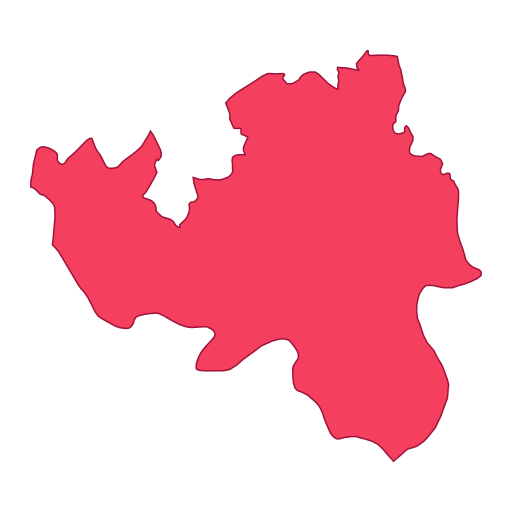 the district of Yen Dung, Bắc Giang, Vietnam
{"feature_id": "81297802B99638089462809", "entity_name": "Yen Dung", "entity_type": "district", "adm_level": 2, "iso_a3": "VNM", "parent_name": "Vietnam", "parent_adm1": "Bắc Giang", "projection": "orthographic", "projection_center": [106.245, 21.205], "detail": "fine", "context": "isolated", "style": "filled", "palette": "rose", "viewbox_px": 512, "rotation_deg": 0, "n_neighbors": 0, "source": "geoboundaries", "source_scale": "gbopen_adm2", "svg_char_len": 5983}
<svg xmlns="http://www.w3.org/2000/svg" viewBox="0 0 512 512"><path d="M88.2,139.3L86.1,141.0L75.8,151.5L72.0,155.0L67.6,158.7L65.2,162.6L63.4,164.2L61.5,164.3L60.4,163.9L57.9,161.5L57.3,159.0L57.4,154.9L57.1,153.9L56.2,152.7L53.3,150.4L49.0,148.1L44.2,146.8L42.8,146.8L41.8,146.9L40.9,147.2L39.9,147.6L38.3,148.8L36.8,150.1L33.5,163.8L32.3,174.8L31.4,178.0L30.9,180.4L30.9,184.3L30.7,186.4L31.1,187.3L33.4,187.9L35.0,189.0L36.4,190.3L39.6,193.7L40.5,194.3L41.5,194.7L43.6,195.1L44.7,195.8L49.8,200.1L53.0,203.6L54.3,206.0L54.7,207.6L55.1,216.3L53.2,238.3L52.4,244.8L54.6,247.0L58.8,251.9L78.6,285.4L81.2,288.9L84.3,292.2L88.0,297.7L91.5,304.5L94.5,310.7L96.4,313.7L98.4,316.3L102.5,319.0L115.3,326.1L119.5,327.6L122.5,328.1L125.9,328.4L128.4,328.2L129.5,327.8L130.8,326.9L132.5,324.7L133.1,323.5L133.8,322.1L134.0,320.7L134.4,319.7L135.9,317.2L138.6,315.8L144.2,314.4L150.4,313.5L155.3,313.1L158.7,313.4L163.6,315.7L172.2,320.7L179.2,324.4L186.4,326.9L191.9,327.5L200.4,326.9L206.0,326.7L207.9,327.1L209.3,328.0L212.3,329.5L213.7,331.2L214.7,332.7L215.1,334.2L214.9,335.2L214.5,336.6L211.4,340.4L205.4,346.8L202.0,351.0L199.9,354.5L198.2,358.1L196.4,363.6L196.2,366.5L196.2,367.8L196.5,369.1L198.3,370.0L200.3,370.5L205.7,370.8L223.7,370.7L229.7,369.5L237.1,364.7L243.3,359.2L253.2,352.1L261.3,345.9L272.1,341.0L279.8,339.0L283.9,338.9L287.7,339.7L289.7,340.9L294.8,347.2L297.4,351.5L298.3,354.3L298.4,356.1L298.1,358.6L295.6,362.2L293.4,366.0L292.8,368.2L292.7,369.4L292.9,373.8L292.9,377.0L293.5,383.3L295.2,388.2L297.3,390.5L301.7,392.1L307.8,395.2L316.3,402.6L319.7,407.0L322.6,413.1L324.3,418.7L329.2,430.5L331.1,434.1L333.9,437.1L335.3,438.1L336.6,438.8L338.0,438.9L340.4,438.7L343.7,437.6L351.5,436.6L356.1,436.6L360.0,437.8L365.1,439.0L371.9,441.2L377.7,444.2L382.9,449.0L387.5,454.6L392.8,460.3L393.4,461.3L400.7,455.1L407.3,449.2L415.6,446.7L417.3,445.9L423.3,441.7L424.3,440.8L427.0,438.0L435.2,427.9L441.2,415.3L442.5,411.3L447.1,399.0L447.7,395.6L448.0,390.4L448.6,384.7L447.5,380.0L444.3,371.0L441.5,364.3L437.5,357.9L433.8,350.4L430.5,346.6L427.1,342.6L423.3,335.0L420.0,324.8L417.3,317.8L416.6,309.9L416.9,304.1L417.8,299.3L419.3,294.3L422.5,288.8L425.1,286.2L426.3,285.5L427.8,285.4L432.9,285.5L440.7,287.2L444.7,287.8L449.1,287.7L452.4,287.8L457.2,286.1L464.8,283.9L471.1,281.5L477.3,278.5L480.7,275.8L481.1,274.9L481.3,274.1L480.9,271.8L480.5,271.1L479.6,270.2L478.6,269.5L473.5,267.5L470.0,265.0L467.8,262.6L466.6,261.0L465.5,259.0L464.6,255.2L463.0,249.7L459.6,240.2L458.0,234.8L457.6,233.2L457.3,231.2L456.9,219.2L458.0,203.9L458.4,200.6L458.6,192.9L458.4,190.6L458.2,189.8L457.7,188.5L454.5,183.2L454.1,181.9L453.6,181.0L451.2,179.7L450.7,179.1L450.2,177.8L450.2,175.1L449.5,173.5L447.9,173.1L446.9,173.3L444.0,174.5L443.0,174.5L441.9,174.1L441.2,173.4L440.8,172.7L440.3,170.0L441.6,166.2L442.5,164.3L442.5,163.1L440.2,159.1L434.8,156.3L432.6,154.8L431.0,153.5L429.0,153.5L427.0,154.0L425.7,154.8L424.7,155.1L423.2,156.0L421.2,156.5L418.9,156.2L416.1,156.1L414.9,155.9L413.1,155.4L410.9,154.3L409.7,152.6L409.5,151.9L409.5,149.4L409.7,147.2L412.7,140.9L412.9,139.5L413.0,136.5L410.3,132.0L408.5,127.8L406.5,125.9L406.2,125.9L405.8,126.1L405.2,126.7L404.9,127.6L404.7,128.3L404.7,130.1L404.5,131.6L404.1,132.3L402.7,133.0L400.3,133.7L399.0,133.9L398.3,133.9L395.4,133.3L394.5,132.6L393.3,130.6L392.9,129.3L392.9,128.2L392.8,127.1L392.8,125.7L393.0,124.6L393.3,123.7L394.1,123.1L394.6,122.9L395.3,122.2L395.9,121.1L395.7,117.9L396.1,115.5L396.5,114.4L398.3,111.0L398.8,105.5L401.3,98.9L405.4,91.6L405.5,90.8L405.4,89.0L403.4,83.7L402.5,78.3L400.8,69.7L399.1,65.6L397.3,56.6L395.4,56.0L388.8,55.3L380.7,55.1L370.0,55.5L369.0,55.3L368.4,53.9L368.2,52.8L368.2,51.5L368.0,50.7L367.2,50.7L366.4,51.4L364.8,53.8L362.1,57.2L358.3,61.3L356.6,63.5L356.6,64.7L357.0,67.9L358.8,69.9L358.7,70.4L357.2,70.2L352.1,69.0L346.8,68.0L341.2,67.7L337.6,67.3L337.4,67.9L337.5,69.7L338.5,71.5L338.8,72.9L337.9,76.6L338.9,81.1L337.9,85.0L337.9,89.2L336.0,88.6L334.3,87.7L331.2,85.7L327.9,83.3L318.7,74.2L315.8,72.4L314.5,72.0L310.3,72.0L309.1,72.2L303.9,74.1L300.6,76.9L298.8,79.9L293.6,83.0L292.3,83.6L290.5,83.8L288.0,83.8L287.1,83.6L286.4,83.2L285.1,81.4L282.9,79.2L282.8,78.6L282.9,77.4L284.2,75.9L284.5,74.8L284.5,74.4L283.8,73.6L281.7,73.6L275.8,73.9L269.0,73.5L266.8,73.9L261.7,76.5L254.7,81.3L239.2,91.0L234.9,94.0L229.2,98.8L226.1,102.8L225.7,102.9L226.4,105.0L228.0,108.8L229.8,113.9L229.9,115.8L229.7,118.8L230.1,119.9L231.1,121.8L232.0,124.3L233.7,127.8L234.2,128.3L237.8,128.4L239.2,128.3L240.2,128.4L240.6,128.6L240.9,129.0L241.0,129.6L241.0,132.9L241.3,133.9L242.5,134.7L244.7,135.5L246.1,136.3L247.7,136.7L247.6,137.3L247.3,138.5L244.0,145.9L243.4,148.5L243.5,150.6L245.3,154.6L238.9,154.7L236.6,155.1L234.5,155.8L232.9,156.9L232.4,158.0L232.1,160.6L232.5,164.6L232.5,168.3L232.7,170.0L232.7,170.9L232.1,173.0L231.4,174.3L229.6,176.0L228.7,176.8L226.5,177.8L222.0,179.4L220.0,179.9L216.4,179.9L212.8,179.6L210.1,178.8L208.1,178.7L202.3,179.6L199.5,179.4L193.2,177.4L194.0,183.6L197.9,195.9L197.9,197.3L197.5,198.5L194.9,201.2L193.9,201.9L193.5,202.0L191.4,202.0L190.6,202.4L189.6,203.3L189.1,204.2L189.2,205.6L189.5,207.2L189.3,210.6L189.1,211.8L188.6,213.3L186.8,217.5L184.5,220.4L179.8,224.6L179.8,227.5L179.4,227.6L176.0,225.7L173.2,221.4L170.5,219.4L165.6,217.8L164.1,217.5L162.1,216.8L161.0,215.9L158.2,213.3L157.0,212.1L156.4,211.2L156.1,209.6L155.9,206.8L154.3,203.2L151.5,200.7L148.6,199.5L144.6,198.2L143.5,197.6L142.6,196.5L142.6,195.8L146.5,191.3L150.9,183.8L154.1,178.0L156.9,172.5L154.8,166.4L154.7,165.3L154.8,163.7L156.6,159.5L158.0,160.4L158.4,160.4L160.2,158.0L161.0,156.6L161.2,155.7L161.2,152.9L161.1,152.3L160.1,149.0L153.5,135.5L150.5,131.1L149.2,133.9L141.9,146.0L137.7,150.1L132.5,154.4L128.9,156.9L122.7,161.7L118.2,166.6L115.8,167.8L112.1,168.3L109.4,168.3L108.0,167.9L106.1,166.3L103.6,161.7L101.7,157.6L100.4,155.3L98.5,152.8L95.6,148.2L91.9,138.5L90.7,138.2L89.5,138.6L88.2,139.3Z" fill="#f43f5e" stroke="#9f1239" stroke-width="1.5"/></svg>